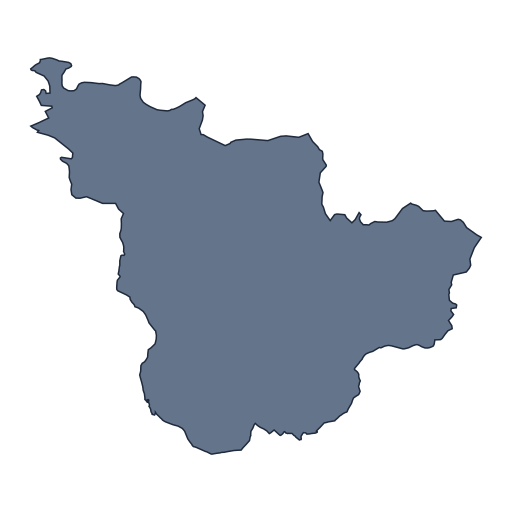 the district of Ususau, Arad, Romania
{"feature_id": "2599482B12627943031914", "entity_name": "Ususau", "entity_type": "district", "adm_level": 2, "iso_a3": "ROU", "parent_name": "Romania", "parent_adm1": "Arad", "projection": "natural_earth1", "projection_center": [21.862, 46.022], "detail": "fine", "context": "isolated", "style": "filled", "palette": "slate", "viewbox_px": 512, "rotation_deg": 0, "n_neighbors": 0, "source": "geoboundaries", "source_scale": "gbopen_adm2", "svg_char_len": 5941}
<svg xmlns="http://www.w3.org/2000/svg" viewBox="0 0 512 512"><path d="M345.0,412.6L346.5,412.1L347.1,411.7L348.1,409.2L348.9,407.8L351.5,403.4L352.5,400.3L353.4,398.2L353.7,397.8L357.1,395.5L358.1,395.0L358.7,394.4L359.1,393.8L360.1,391.3L359.2,388.6L358.6,386.5L358.8,385.4L359.1,384.9L359.4,382.9L360.3,380.9L359.2,378.5L358.7,376.3L358.8,374.7L358.7,374.2L358.1,373.0L357.1,371.7L354.7,369.7L354.4,369.1L354.8,368.1L359.5,362.5L359.7,361.8L360.2,361.4L362.2,359.1L362.8,357.7L363.8,356.2L364.9,354.9L366.2,353.8L369.6,352.3L372.7,351.4L378.2,348.1L378.9,347.6L379.3,347.5L380.6,347.8L381.2,347.7L384.7,346.1L388.3,345.4L391.4,345.8L402.9,348.9L404.5,348.8L408.6,347.8L413.1,345.6L415.0,345.0L416.4,344.6L417.9,344.8L419.6,345.5L421.4,346.6L424.8,347.9L426.3,348.0L427.8,348.0L429.7,347.6L432.0,346.7L433.4,345.9L434.2,344.1L434.7,341.0L434.7,340.5L434.8,339.9L439.6,339.7L440.6,339.6L441.6,338.9L442.4,338.1L444.9,334.5L448.0,330.7L452.2,328.7L451.8,325.7L448.5,320.5L452.0,316.8L453.6,314.5L450.9,310.9L451.2,308.5L456.2,307.8L456.7,305.0L455.6,304.0L452.6,303.1L449.4,300.3L448.8,294.5L449.4,293.0L448.9,289.5L451.7,284.8L451.2,282.4L453.3,275.0L466.3,272.0L469.4,268.1L470.7,265.2L469.9,259.1L474.3,247.7L481.3,237.4L476.8,234.9L466.6,227.6L463.3,222.3L460.5,219.9L458.2,219.3L451.4,221.5L444.4,221.1L435.4,210.3L433.6,210.8L426.7,211.1L423.1,210.7L418.7,206.4L416.4,205.3L411.7,204.0L410.7,203.1L402.5,208.5L394.9,218.7L392.3,220.7L386.6,222.2L377.7,222.0L374.8,221.5L370.6,223.6L369.0,225.0L365.9,224.7L363.3,224.8L360.6,221.9L359.4,219.0L359.7,217.0L361.0,214.8L359.1,212.6L355.2,219.6L351.9,222.8L346.6,218.0L344.8,214.7L337.0,214.0L334.6,214.6L330.2,220.6L325.4,213.7L323.4,207.2L321.8,204.2L322.1,196.8L323.0,192.6L322.3,190.6L318.9,182.2L320.3,172.8L326.1,166.4L326.3,165.1L322.9,159.8L322.7,158.4L322.9,154.0L322.3,151.3L319.4,149.6L317.7,146.7L312.6,141.5L308.1,133.6L298.8,137.3L286.2,135.9L280.6,136.3L267.8,140.6L251.3,139.2L246.7,139.1L235.9,140.1L230.8,142.3L230.1,143.5L225.2,145.6L207.6,137.2L203.2,134.6L201.1,134.6L199.2,128.7L202.4,120.1L203.1,115.8L202.5,111.6L205.1,105.2L196.0,97.6L194.8,98.8L192.6,99.9L185.7,102.7L179.6,106.5L176.3,108.1L173.3,109.3L171.3,109.4L170.0,110.4L167.4,110.9L159.9,110.2L157.0,109.7L150.2,106.7L146.2,104.4L143.3,102.3L140.6,98.3L140.0,95.2L140.6,88.7L140.7,84.8L141.0,81.6L140.3,80.2L139.0,78.6L136.4,77.1L133.3,76.9L131.5,77.0L121.8,82.9L119.5,84.1L118.6,85.0L115.4,85.6L109.8,84.9L102.6,83.5L99.0,83.6L91.0,82.6L84.5,82.3L81.7,82.8L79.1,84.1L78.0,85.8L76.5,89.0L74.0,90.7L70.8,90.9L68.1,90.6L63.6,88.0L62.2,85.8L61.9,83.3L61.9,82.2L62.0,80.0L61.9,77.6L62.0,75.2L64.1,72.2L65.9,69.0L68.6,68.1L71.2,66.5L71.6,65.7L70.8,63.6L68.6,62.4L62.1,61.3L59.1,61.0L57.1,60.0L52.5,58.4L49.7,57.9L47.6,58.1L41.6,59.4L40.3,59.5L40.3,60.4L40.8,60.5L40.4,60.6L39.5,62.8L36.1,64.6L34.9,65.4L32.5,67.5L30.7,68.9L31.1,69.9L32.3,70.5L33.6,70.5L35.1,71.0L36.1,72.4L44.1,76.0L48.1,81.0L49.1,83.9L49.8,86.3L50.0,93.1L46.1,93.4L45.6,90.9L43.8,89.5L41.5,89.9L40.6,92.8L39.5,94.5L36.7,96.3L39.6,101.7L41.3,105.4L51.8,106.2L52.2,107.8L45.3,111.4L48.7,118.0L38.3,122.9L30.8,126.1L32.6,127.6L37.1,130.1L38.7,130.5L37.4,132.3L48.1,135.2L54.7,137.9L68.5,148.9L72.8,153.0L72.4,157.6L71.2,158.8L61.5,157.3L60.4,158.0L60.5,159.2L62.5,161.2L66.7,163.4L68.8,165.8L69.2,168.6L69.5,171.8L69.2,177.5L70.1,180.3L71.7,184.2L71.0,189.7L71.8,194.7L75.9,198.1L80.1,198.2L86.5,196.7L102.6,203.4L115.6,203.4L118.6,209.1L123.5,213.5L121.2,218.8L121.4,223.7L121.3,228.1L121.0,230.1L119.8,233.7L119.9,237.3L121.1,239.7L122.7,242.6L123.6,245.9L123.8,247.5L123.7,249.1L123.8,250.2L123.5,251.1L124.7,254.2L124.0,255.4L122.9,255.2L121.9,255.2L120.9,255.8L120.2,258.9L119.8,260.7L119.8,265.4L119.4,266.6L118.8,271.5L118.2,274.0L120.1,276.3L120.0,277.0L117.4,280.2L117.1,281.7L116.7,287.3L116.8,289.5L117.8,290.8L126.3,294.8L129.9,297.1L130.2,299.4L131.9,302.2L134.3,304.8L134.9,306.7L138.5,308.0L143.3,311.5L145.7,314.9L148.1,320.4L149.0,322.9L154.7,330.1L155.6,330.9L156.4,335.4L156.2,339.2L155.1,343.8L153.3,345.6L150.8,348.0L148.3,349.7L147.9,352.9L147.6,357.2L146.2,359.6L144.6,361.8L142.2,363.3L140.9,365.7L140.7,371.1L139.7,375.0L140.5,378.2L141.5,381.6L142.8,386.8L143.2,390.3L144.4,393.7L145.0,398.7L144.8,399.1L145.1,399.7L145.9,400.4L147.3,402.3L147.6,402.3L147.7,402.1L147.8,401.1L146.9,400.0L147.6,399.7L148.3,399.7L148.7,400.0L148.8,400.4L148.4,401.8L148.5,402.2L149.4,404.4L149.4,405.4L149.1,406.0L149.0,406.4L149.8,407.5L150.6,409.1L151.0,411.5L151.5,412.7L152.2,413.6L152.0,414.1L152.6,414.5L154.6,415.0L154.9,414.6L155.4,412.8L155.4,412.3L155.8,412.9L156.7,414.2L159.0,416.4L160.1,417.6L161.4,418.7L162.7,420.2L164.1,421.1L165.6,421.9L172.4,424.5L174.0,425.0L178.1,426.1L182.3,428.4L184.2,430.6L184.7,431.3L187.8,438.9L190.3,442.5L191.8,444.3L192.2,445.3L193.2,446.4L194.0,446.8L195.0,446.9L196.3,447.4L205.3,451.4L206.7,451.8L211.1,454.0L211.9,454.1L217.2,453.2L220.0,452.9L221.6,452.4L224.1,452.3L227.0,451.7L233.9,450.5L238.3,450.2L241.1,450.1L243.1,447.6L246.4,444.1L249.5,440.6L250.1,437.1L250.8,435.5L250.7,434.5L250.9,431.3L252.8,428.2L254.2,424.7L255.3,423.4L257.4,425.4L260.2,427.3L263.7,428.9L266.8,430.9L269.3,433.6L270.7,432.8L274.1,430.0L279.8,435.2L280.4,435.4L280.9,435.2L282.6,433.9L284.3,431.6L284.6,431.6L285.1,432.0L285.7,432.9L286.1,433.1L286.6,433.1L287.4,433.5L287.8,433.5L289.1,433.3L289.9,433.5L291.1,433.4L292.1,433.5L293.9,435.4L295.4,436.3L295.8,437.1L299.4,440.0L300.3,439.6L301.1,439.5L301.3,438.7L301.0,437.1L301.1,436.2L302.0,434.8L302.6,433.7L303.5,432.6L304.0,432.8L305.6,432.8L305.9,433.0L306.4,433.8L306.8,434.1L307.1,434.1L309.6,433.9L311.5,433.5L315.3,433.1L316.5,432.6L317.2,432.2L317.3,431.8L317.2,431.6L316.5,431.4L316.3,431.2L316.5,430.9L319.4,428.0L319.8,427.7L320.4,427.0L324.0,423.1L324.3,422.8L324.7,422.7L325.6,422.7L328.3,421.9L334.8,420.8L335.2,420.2L337.9,417.8L339.6,416.0L341.4,414.9L342.8,413.8L345.0,412.6Z" fill="#64748b" stroke="#1e293b" stroke-width="1.5"/></svg>